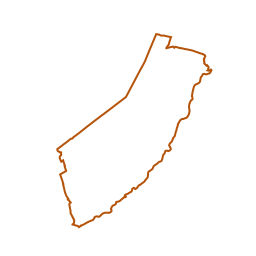 outline of Bilca, Suceava, Romania, rotated 318°
{"feature_id": "2599482B24007867343971", "entity_name": "Bilca", "entity_type": "district", "adm_level": 2, "iso_a3": "ROU", "parent_name": "Romania", "parent_adm1": "Suceava", "projection": "natural_earth1", "projection_center": [25.771, 47.929], "detail": "fine", "context": "isolated", "style": "outline", "palette": "amber", "viewbox_px": 256, "rotation_deg": 318, "n_neighbors": 0, "source": "geoboundaries", "source_scale": "gbopen_adm2", "svg_char_len": 5806}
<svg xmlns="http://www.w3.org/2000/svg" viewBox="0 0 256 256"><g transform="rotate(318 128 128)"><path d="M228.7,140.8L228.8,140.3L228.8,140.1L228.7,140.0L228.5,139.9L228.2,140.0L227.8,140.1L227.5,140.1L227.3,140.0L227.0,139.9L226.7,139.6L226.2,139.3L226.1,139.1L225.9,138.8L226.4,138.9L226.6,138.8L226.7,138.6L226.9,138.3L227.0,138.1L227.0,137.7L227.8,137.4L228.0,137.3L228.1,137.2L228.4,136.9L228.7,136.5L228.8,134.2L228.0,134.2L228.0,132.3L227.9,131.5L227.8,131.0L228.8,130.2L229.3,129.7L229.4,129.3L229.3,129.2L230.4,128.1L230.2,127.9L230.3,127.7L230.5,127.5L230.8,127.4L231.2,127.3L232.4,126.8L232.6,126.7L233.3,126.6L233.6,126.0L233.8,125.3L233.8,124.9L233.4,124.2L233.2,123.8L233.2,123.6L233.1,123.1L233.0,122.9L232.8,122.8L232.6,122.3L231.4,120.4L229.9,117.5L229.1,116.1L228.4,114.8L228.3,114.5L226.4,111.6L225.9,111.0L225.4,110.3L223.9,108.3L223.2,107.5L223.1,107.3L221.2,104.6L220.9,104.2L220.7,104.1L220.4,103.6L220.1,103.4L219.9,103.2L219.7,102.8L219.6,102.6L219.4,102.3L217.9,99.9L217.6,99.4L217.3,99.2L216.1,99.3L215.9,98.2L215.9,97.6L213.8,96.4L209.9,94.4L210.0,94.2L210.6,94.0L214.0,93.2L214.1,93.3L214.5,93.1L216.1,91.9L218.5,90.5L219.9,89.7L220.6,89.4L220.8,89.3L220.3,88.6L220.0,88.2L219.6,87.7L218.1,85.6L216.4,83.2L215.9,82.7L215.1,82.1L214.4,81.4L214.2,81.0L213.6,79.4L212.3,77.8L211.8,77.1L195.7,84.7L185.2,89.8L178.6,92.2L178.3,92.2L147.3,103.6L125.9,101.9L108.9,100.4L98.5,99.6L88.4,99.0L81.9,98.4L81.7,98.3L80.6,98.5L79.3,98.5L78.9,98.2L78.5,97.8L76.3,97.6L74.9,97.6L73.8,97.5L72.5,97.4L71.6,97.3L70.3,97.2L69.0,97.0L68.0,97.0L61.3,96.4L60.8,97.2L60.5,97.8L60.4,98.1L60.4,98.3L60.9,99.2L60.9,99.6L60.9,100.2L61.2,100.7L61.6,100.9L62.0,101.1L62.0,101.4L61.4,101.8L60.9,102.5L60.6,102.9L60.4,103.3L60.2,103.4L59.9,103.5L59.2,103.4L58.4,103.5L58.0,103.9L57.4,104.3L57.2,104.5L56.9,105.3L56.8,105.5L56.3,107.0L55.9,108.4L58.1,108.6L55.8,113.9L55.4,113.8L53.3,118.5L51.7,118.2L46.5,117.1L44.2,122.6L42.5,126.3L42.2,126.2L40.0,130.3L39.0,132.1L38.3,133.3L37.6,135.0L36.8,137.2L36.7,137.8L36.3,140.1L36.2,141.0L35.8,141.1L35.4,141.1L35.5,141.6L35.6,142.8L35.6,144.6L35.5,145.1L34.1,145.0L33.7,145.2L33.4,145.4L33.1,145.7L29.6,151.5L28.6,152.5L28.4,152.9L28.2,153.4L27.3,157.1L27.2,157.1L27.0,157.8L26.9,158.9L26.7,158.9L26.1,160.9L23.9,162.7L22.4,162.5L22.2,162.6L25.0,167.1L25.2,167.7L25.2,168.9L27.6,169.0L27.6,169.3L28.7,169.4L30.3,170.0L33.3,170.6L34.9,171.0L38.1,172.0L40.4,172.9L41.1,172.8L42.4,172.5L43.0,172.3L43.3,172.0L43.6,172.0L43.9,172.0L44.4,172.1L45.1,172.4L45.7,172.8L46.0,173.1L46.3,173.4L46.5,173.9L46.7,174.3L47.0,174.5L47.7,174.7L48.8,174.7L51.6,174.6L53.0,175.0L53.7,175.3L54.6,175.9L55.3,176.5L56.6,177.7L57.1,178.3L57.5,178.6L58.2,178.7L59.0,178.8L59.5,178.9L59.9,178.8L60.2,178.7L60.5,178.4L60.9,177.7L61.0,177.4L61.0,177.0L61.3,176.7L62.7,176.0L63.8,175.6L64.7,175.6L65.4,175.7L66.7,176.2L67.1,176.3L67.5,176.3L68.1,176.2L68.6,176.0L68.9,175.9L69.4,175.2L69.6,175.2L70.0,175.3L70.3,175.4L71.1,176.0L71.4,176.2L71.8,176.3L72.3,176.5L73.9,176.8L74.5,176.8L75.2,176.7L75.6,176.7L76.2,176.8L76.8,176.8L77.4,176.8L77.9,176.7L78.3,176.7L78.5,176.8L78.8,176.9L79.3,177.4L79.7,177.6L80.0,177.7L80.3,177.7L80.5,177.5L80.5,177.2L80.3,176.9L80.1,176.5L80.1,176.4L80.3,176.2L80.6,176.0L81.1,175.9L81.7,175.9L82.1,176.0L82.5,176.3L83.2,176.5L84.1,176.8L84.8,176.9L85.3,177.0L85.7,177.0L86.4,177.2L87.0,177.3L87.3,177.5L87.6,177.5L88.0,177.5L88.4,177.4L89.2,177.1L89.8,176.6L90.2,176.2L90.4,176.1L90.8,176.1L91.6,176.2L92.2,176.4L92.4,176.5L92.5,176.9L92.5,177.4L92.4,177.6L92.4,177.9L92.6,178.2L92.8,178.3L93.3,178.4L94.3,178.6L94.8,178.5L95.2,178.5L95.7,178.2L96.1,178.1L97.7,178.0L98.5,178.0L99.0,178.4L99.8,178.4L100.3,178.4L101.6,178.5L103.8,178.8L104.6,178.7L105.4,178.4L108.9,178.0L109.4,177.9L109.8,177.7L111.4,176.3L112.2,175.5L113.1,174.7L113.7,174.4L114.1,174.3L114.5,174.3L114.9,174.3L115.5,174.5L116.9,174.6L117.9,174.8L118.2,174.8L118.6,174.8L119.0,174.7L119.7,174.4L121.4,173.6L121.9,173.5L122.8,173.6L125.8,174.0L127.7,173.9L128.2,174.0L128.6,174.1L128.9,174.2L129.8,174.7L130.2,174.8L130.6,174.8L131.0,174.8L132.5,174.1L135.6,171.9L135.9,171.8L136.7,171.5L137.5,171.4L138.0,171.4L138.7,171.1L139.4,170.6L140.6,170.1L140.9,170.3L141.8,170.9L142.3,171.7L142.3,172.0L142.5,172.2L142.7,172.3L143.1,172.4L143.8,172.5L144.3,172.6L144.9,172.5L145.3,172.4L145.6,172.3L145.9,172.0L146.1,171.8L146.3,171.5L146.5,170.2L146.7,169.3L146.8,168.7L147.1,168.4L147.4,168.1L148.3,167.7L148.9,167.6L149.6,167.4L150.2,167.4L150.9,167.4L151.6,167.3L152.1,167.1L152.7,166.8L153.7,166.2L154.9,165.8L155.5,165.5L156.0,165.5L156.6,165.4L157.2,165.3L157.5,165.1L157.9,164.9L159.4,163.9L160.2,163.3L160.8,162.9L161.9,162.4L162.9,161.8L164.2,160.7L165.4,160.3L165.7,160.1L166.1,159.8L166.7,159.2L167.0,159.1L168.2,158.3L169.0,158.2L169.3,158.1L170.2,157.7L171.7,157.3L172.6,157.2L173.4,157.3L173.9,157.4L174.5,157.6L175.0,158.2L175.3,158.4L175.7,158.5L176.4,158.7L177.4,159.2L178.0,159.4L178.6,159.6L179.0,159.5L179.4,159.5L180.8,159.1L181.3,159.0L181.7,158.8L182.4,158.5L184.9,156.8L185.2,156.3L185.9,155.5L187.2,153.5L187.8,152.7L188.0,152.5L188.5,152.2L189.3,151.6L189.8,151.1L190.3,150.9L190.5,150.9L191.2,150.5L192.5,149.9L193.1,149.7L193.7,149.7L194.7,149.8L195.2,149.8L195.4,149.6L195.6,149.4L195.8,149.1L196.2,148.5L196.4,148.1L196.7,147.4L196.8,147.1L197.5,146.6L199.0,145.3L202.0,143.1L202.5,142.9L202.8,142.6L203.7,142.0L204.6,141.5L205.5,141.1L205.9,140.9L206.5,140.9L206.8,140.9L208.0,141.2L209.1,141.5L210.2,141.9L210.9,142.0L211.7,141.9L212.1,141.8L212.5,141.7L214.4,140.3L214.7,140.1L215.1,139.7L215.6,139.3L216.0,139.1L217.2,138.9L218.3,138.6L219.2,138.3L220.0,138.1L220.2,138.3L220.5,138.5L221.3,139.4L221.9,140.3L222.2,140.6L222.8,140.9L225.2,141.9L225.5,141.9L225.9,141.9L227.6,141.4L228.3,141.1L228.7,140.8Z" fill="none" stroke="#b45309" stroke-width="2"/></g></svg>